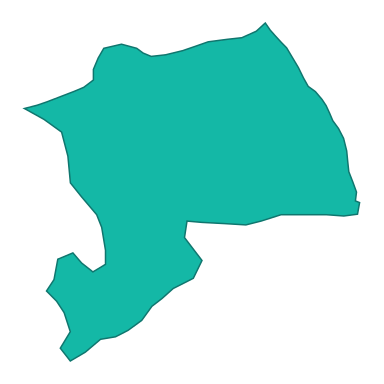 the district of Trypimeni, Cyprus
{"feature_id": "46923920B43934732420538", "entity_name": "Trypimeni", "entity_type": "district", "adm_level": 2, "iso_a3": "CYP", "parent_name": "Cyprus", "parent_adm1": "", "projection": "natural_earth1", "projection_center": [33.639, 35.301], "detail": "fine", "context": "isolated", "style": "filled", "palette": "teal", "viewbox_px": 384, "rotation_deg": 0, "n_neighbors": 0, "source": "geoboundaries", "source_scale": "gbopen_adm2", "svg_char_len": 1130}
<svg xmlns="http://www.w3.org/2000/svg" viewBox="0 0 384 384"><path d="M24.4,108.5L44.0,119.4L61.6,132.1L67.9,156.2L70.4,182.9L81.6,196.9L96.7,214.7L101.7,227.4L105.5,250.3L105.5,264.3L92.9,271.9L81.6,263.0L72.9,252.9L57.8,259.2L54.0,279.6L46.5,291.0L56.6,301.2L64.1,312.6L70.3,331.7L60.3,348.2L70.3,361.0L85.4,352.1L100.5,339.3L115.5,336.8L128.0,330.4L141.8,320.3L151.9,306.3L161.9,298.6L173.2,288.5L193.3,278.3L202.0,260.5L184.5,237.6L187.0,221.1L202.0,222.4L224.6,223.6L245.9,224.9L261.0,221.1L281.1,214.7L297.4,214.7L311.2,214.7L326.2,214.7L343.8,216.0L357.5,214.2L359.6,202.6L355.4,200.9L356.5,192.1L352.9,182.2L348.8,171.7L347.7,161.3L346.7,150.9L343.6,138.4L338.5,128.5L332.8,120.7L329.7,113.4L326.1,105.6L322.0,99.4L315.4,91.6L308.2,86.4L303.5,78.0L298.4,67.6L292.8,58.2L286.6,47.8L281.5,42.6L274.8,35.3L270.2,30.1L265.3,23.0L264.6,23.6L256.3,31.2L241.9,37.7L227.4,39.3L208.2,41.8L194.5,46.6L182.5,50.7L165.6,54.8L151.2,56.4L143.2,53.1L136.7,48.3L121.5,44.2L103.8,48.3L98.2,58.0L93.4,69.4L93.4,80.0L83.8,87.3L74.1,91.4L63.7,95.4L46.8,101.9L37.2,105.2L24.4,108.5Z" fill="#14b8a6" stroke="#0f766e" stroke-width="1.5"/></svg>